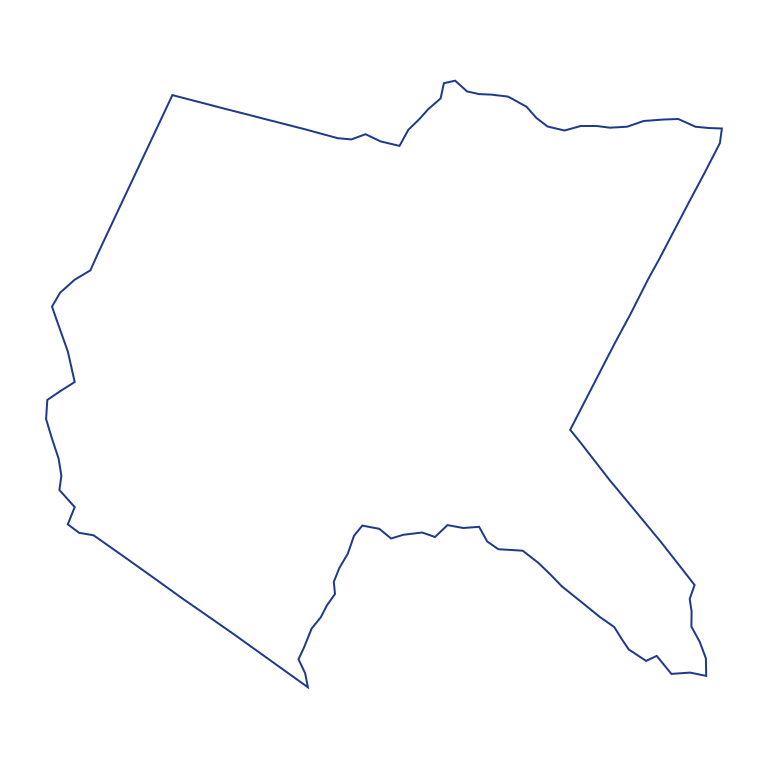 Moreno, Pernambuco, Brazil (Mercator projection)
{"feature_id": "56859067B71614390474260", "entity_name": "Moreno", "entity_type": "district", "adm_level": 2, "iso_a3": "BRA", "parent_name": "Brazil", "parent_adm1": "Pernambuco", "projection": "mercator", "projection_center": [-35.132, -8.15], "detail": "fine", "context": "isolated", "style": "outline", "palette": "blue", "viewbox_px": 768, "rotation_deg": 0, "n_neighbors": 0, "source": "geoboundaries", "source_scale": "gbopen_adm2", "svg_char_len": 1468}
<svg xmlns="http://www.w3.org/2000/svg" viewBox="0 0 768 768"><path d="M706.2,675.9L705.9,658.4L699.8,642.0L691.4,626.6L691.6,611.4L689.7,599.0L694.6,585.0L661.1,542.2L637.9,514.1L609.4,479.8L581.0,443.2L570.2,429.8L608.9,354.6L616.3,340.4L622.7,328.5L630.1,314.8L648.5,278.5L659.4,258.8L687.7,204.6L705.4,171.3L719.9,143.1L721.9,128.5L708.6,128.0L695.3,126.7L678.3,119.0L663.8,119.5L643.6,121.0L627.1,126.7L609.9,127.7L596.8,126.0L580.8,126.0L564.5,130.5L547.5,126.5L536.2,117.8L526.6,106.8L508.1,96.6L491.1,94.6L479.1,94.1L467.0,91.4L455.2,80.7L443.9,83.2L440.6,98.4L428.1,109.3L419.0,119.5L408.4,129.7L399.5,145.9L380.6,141.4L365.5,134.2L351.5,139.4L337.7,138.2L304.7,129.2L226.9,109.3L172.4,95.1L108.6,230.7L97.3,254.8L90.4,270.3L74.7,279.7L60.1,292.7L52.0,306.6L56.4,319.3L67.8,351.4L74.7,382.0L61.4,390.4L47.3,399.9L46.1,419.1L52.0,438.7L58.6,458.6L61.4,475.8L59.4,490.0L74.7,507.1L67.8,524.3L79.1,532.8L93.6,535.3L121.9,555.2L157.4,580.5L181.3,597.7L232.8,633.5L307.9,687.3L305.2,673.4L298.5,659.2L304.0,647.5L311.6,628.6L320.9,617.1L326.9,605.4L335.0,594.0L333.8,581.8L339.4,567.9L347.8,553.7L354.0,535.8L362.3,525.6L379.3,528.8L391.1,538.5L403.2,534.8L422.2,532.5L435.0,537.0L447.5,525.1L463.3,528.0L479.1,526.8L487.2,541.5L498.3,549.2L522.7,550.7L538.4,562.9L550.7,574.8L561.8,586.3L581.0,601.7L600.0,617.1L614.3,627.1L621.9,639.3L628.8,649.5L646.1,660.9L656.7,655.9L671.4,673.9L690.1,672.6L706.2,675.9Z" fill="none" stroke="#1e3a8a" stroke-width="2"/></svg>